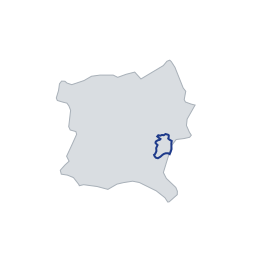 Štrpce highlighted on a map of Kosovo, rotated 311°
{"feature_id": "KOS-5914", "entity_name": "Štrpce", "entity_type": "District", "adm_level": 1, "iso_a3": "XKX", "parent_name": "Kosovo", "parent_adm1": "", "projection": "natural_earth1", "projection_center": [20.995, 42.226], "detail": "fine", "context": "in_parent", "style": "outline", "palette": "blue", "viewbox_px": 256, "rotation_deg": 311, "n_neighbors": 0, "source": "natural_earth", "source_scale": "10m", "svg_char_len": 1520}
<svg xmlns="http://www.w3.org/2000/svg" viewBox="0 0 256 256"><g transform="rotate(311 128 128)"><path d="M78.2,96.8L89.5,93.4L91.1,91.0L88.6,85.7L90.1,82.4L103.7,73.1L105.9,68.9L106.7,65.6L104.9,62.1L102.4,56.6L103.6,54.2L110.7,51.0L116.4,47.3L119.8,47.1L121.9,49.7L121.9,52.5L123.8,57.1L128.0,59.6L135.0,63.7L143.1,66.5L149.5,72.1L158.2,82.1L159.5,87.0L167.4,91.4L174.6,96.4L173.5,105.6L198.3,113.7L203.9,113.6L206.6,115.0L206.5,117.1L204.6,123.6L194.4,143.4L193.6,147.5L186.3,151.8L185.3,154.3L187.4,159.8L189.3,163.6L189.2,163.6L173.5,166.8L168.2,170.5L165.1,177.1L164.1,180.5L161.4,180.6L156.8,177.2L150.9,171.9L143.4,172.4L117.6,183.9L115.1,190.0L114.5,203.1L112.7,206.7L110.0,208.9L99.3,207.5L98.2,206.6L99.6,201.6L99.1,190.6L94.3,172.3L90.9,166.4L83.8,160.4L78.4,156.5L68.5,153.1L63.6,143.1L56.1,131.7L52.5,129.1L53.1,128.0L54.8,119.4L52.7,113.2L49.4,107.9L51.7,104.6L58.6,104.7L64.3,105.3L66.4,100.2L78.2,96.8Z" fill="#d9dde1" stroke="#a8b0b8" stroke-width="1"/><path d="M146.9,169.5L144.7,170.9L141.7,173.7L140.6,174.7L138.3,175.7L135.6,176.6L135.3,174.9L133.6,173.0L131.8,172.0L130.1,171.6L127.6,171.3L124.8,170.4L123.9,168.7L124.1,166.8L124.8,165.3L125.8,165.5L127.4,165.2L129.2,164.6L130.2,163.6L131.4,162.4L134.5,161.5L134.6,159.9L134.8,158.5L136.0,157.9L138.2,158.5L139.9,159.7L141.0,159.7L140.8,157.9L140.8,155.6L142.4,155.6L143.4,157.4L145.0,158.2L146.0,159.7L148.1,160.3L149.2,162.7L149.2,163.6L147.8,164.7L146.4,165.3L146.4,167.1L146.9,169.5Z" fill="none" stroke="#1e3a8a" stroke-width="2"/></g></svg>